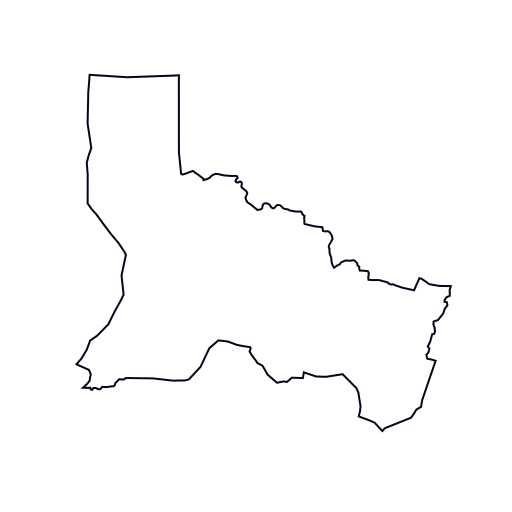 Dan Musa, Katsina, Nigeria, rotated 11°
{"feature_id": "59680162B93375949891062", "entity_name": "Dan Musa", "entity_type": "district", "adm_level": 2, "iso_a3": "NGA", "parent_name": "Nigeria", "parent_adm1": "Katsina", "projection": "albers", "projection_center": [7.324, 12.26], "detail": "fine", "context": "isolated", "style": "outline", "palette": "ink", "viewbox_px": 512, "rotation_deg": 11, "n_neighbors": 0, "source": "geoboundaries", "source_scale": "gbopen_adm2", "svg_char_len": 3391}
<svg xmlns="http://www.w3.org/2000/svg" viewBox="0 0 512 512"><g transform="rotate(11 256 256)"><path d="M439.0,385.2L441.1,380.7L442.7,376.2L446.8,372.6L446.6,366.0L449.8,342.8L452.3,324.6L449.0,324.2L443.7,324.1L442.1,320.6L443.6,317.8L444.0,313.9L441.9,312.0L443.3,307.0L443.9,299.2L445.7,298.6L446.1,296.0L445.0,292.3L443.2,289.3L442.9,286.4L446.8,284.2L448.8,280.5L450.8,276.6L451.3,272.0L453.3,267.8L452.1,264.9L449.9,265.1L449.5,263.3L450.9,260.1L453.9,258.0L452.6,252.6L453.0,248.4L441.5,250.4L431.6,250.6L423.3,246.9L420.6,246.6L417.7,259.5L405.8,259.2L397.7,258.1L395.7,257.6L394.3,258.2L391.8,257.9L390.8,257.0L388.0,256.6L387.1,256.5L386.4,256.5L385.3,256.5L383.1,256.2L380.4,256.3L377.5,256.9L373.1,257.7L370.9,257.8L370.2,255.3L370.2,252.5L369.7,250.6L368.7,249.6L365.2,249.8L360.8,250.5L359.5,248.2L359.4,246.8L357.4,245.9L356.7,243.8L354.7,242.4L353.8,241.8L352.1,241.6L349.3,242.7L346.1,243.1L344.2,243.6L340.7,246.1L339.8,248.2L337.3,250.0L334.9,252.7L333.1,250.6L331.7,248.3L330.7,245.4L330.2,243.2L327.9,239.6L327.2,237.2L326.9,235.9L326.7,234.8L325.9,233.9L325.6,232.1L326.0,230.3L326.6,229.0L327.9,224.6L326.6,221.6L323.9,218.7L322.0,217.9L319.4,218.6L317.1,218.7L315.6,215.1L308.0,215.7L297.6,215.3L297.0,214.0L296.9,212.5L296.2,210.4L295.9,209.0L296.1,207.5L295.0,207.0L293.2,205.6L292.1,203.9L290.1,204.0L288.3,204.5L286.7,204.7L285.6,204.9L284.2,204.8L282.7,204.9L280.8,204.8L279.9,204.8L279.0,204.2L278.0,204.3L276.9,204.1L275.3,204.4L273.2,203.7L271.2,202.2L269.6,201.6L267.6,201.7L266.2,202.8L265.2,204.9L263.7,206.0L261.8,205.4L260.8,204.3L259.2,202.9L257.2,202.3L256.0,202.3L254.4,202.7L253.1,203.9L252.9,205.8L252.9,207.8L252.2,209.0L250.5,209.9L248.4,210.5L245.4,208.8L241.3,206.6L237.3,204.9L235.5,202.7L234.5,200.8L235.5,196.1L234.3,194.3L228.8,191.4L228.3,190.0L228.4,188.3L227.9,186.5L226.6,185.9L225.4,186.3L224.4,187.3L223.3,187.4L222.1,187.1L221.5,186.0L221.9,184.6L223.1,182.9L222.3,181.4L220.4,181.3L216.6,182.1L209.2,183.0L202.8,182.8L200.6,183.1L197.5,185.2L195.5,188.1L193.7,189.6L190.0,191.5L189.6,190.2L183.7,187.2L181.2,186.2L177.9,184.5L170.2,189.1L168.2,190.1L166.6,189.4L166.4,188.2L160.6,169.2L145.8,93.3L140.8,94.6L95.5,105.1L58.1,109.9L59.0,117.1L60.1,127.2L65.4,158.1L73.7,181.4L72.5,189.7L72.1,196.8L75.2,207.9L80.7,236.5L85.5,241.1L91.8,246.0L101.9,255.4L106.7,259.7L109.9,262.5L119.0,269.9L126.3,277.3L128.1,279.8L127.7,300.7L133.4,319.2L131.7,325.7L128.2,336.2L124.0,351.4L115.3,364.5L109.3,370.7L107.8,380.0L107.3,381.6L105.8,385.5L104.1,390.3L102.0,393.8L100.5,396.6L113.8,399.7L116.4,403.7L116.3,407.1L116.5,410.2L114.3,414.3L111.3,418.3L116.4,417.5L118.5,416.9L119.1,418.4L120.7,418.7L121.6,416.6L124.3,416.1L125.8,416.8L128.1,416.7L129.2,415.5L129.8,413.9L134.4,413.2L137.3,412.1L140.9,411.1L141.9,410.1L142.2,407.6L143.9,405.0L145.3,403.0L147.8,402.8L149.8,402.5L150.4,401.8L151.2,400.7L154.3,400.1L178.2,395.8L198.1,394.2L210.0,391.7L213.7,389.9L222.7,375.4L227.8,355.4L235.2,346.0L244.7,345.3L254.2,346.9L260.5,346.9L267.6,346.6L268.4,347.6L267.9,351.0L271.0,354.4L275.9,358.8L277.8,360.8L283.4,362.5L290.0,370.2L295.5,373.4L300.8,376.4L307.2,373.8L310.5,373.7L314.4,368.6L325.3,366.9L325.2,361.1L338.0,362.8L347.9,361.2L363.6,355.5L379.7,366.5L382.4,370.2L387.3,383.6L387.7,388.7L387.5,393.9L396.3,395.3L398.6,395.7L404.3,397.0L413.4,403.7L415.4,400.4L439.0,385.2Z" fill="none" stroke="#020617" stroke-width="2"/></g></svg>